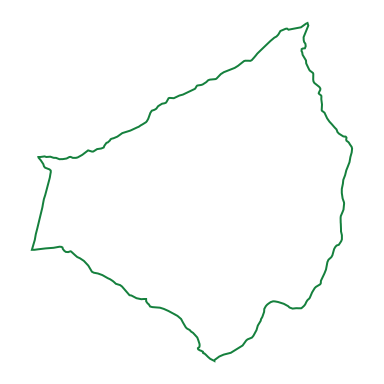 Cevallos, Tungurahua, Ecuador (Robinson projection)
{"feature_id": "8360857B65795256666582", "entity_name": "Cevallos", "entity_type": "district", "adm_level": 2, "iso_a3": "ECU", "parent_name": "Ecuador", "parent_adm1": "Tungurahua", "projection": "robinson", "projection_center": [-78.612, -1.35], "detail": "fine", "context": "isolated", "style": "outline", "palette": "green", "viewbox_px": 384, "rotation_deg": 0, "n_neighbors": 0, "source": "geoboundaries", "source_scale": "gbopen_adm2", "svg_char_len": 4322}
<svg xmlns="http://www.w3.org/2000/svg" viewBox="0 0 384 384"><path d="M38.4,157.0L38.5,157.6L40.7,160.2L42.1,162.3L43.3,164.1L44.0,166.4L45.1,167.7L49.5,169.4L50.7,170.5L50.8,172.0L50.4,174.0L49.8,177.7L45.2,195.1L43.9,199.1L42.9,204.3L42.7,205.5L42.5,206.7L42.3,207.7L40.5,215.1L37.3,228.4L35.8,234.2L34.8,239.9L31.9,249.8L34.4,249.8L38.1,249.3L45.7,248.4L52.2,247.9L53.6,247.8L59.6,246.7L61.5,246.9L62.5,247.5L62.8,248.9L64.3,250.8L65.8,251.9L68.1,252.1L70.4,251.3L71.1,251.5L74.9,255.0L77.2,257.0L80.0,258.3L83.9,260.9L88.3,265.6L91.9,271.7L93.8,272.7L98.0,273.5L102.4,275.1L107.8,278.2L108.9,278.7L110.2,279.3L112.9,281.1L114.2,282.2L115.9,283.8L120.1,285.1L122.0,286.5L129.5,295.2L131.4,295.5L136.5,298.2L141.3,299.2L144.0,299.0L146.1,299.0L146.2,301.4L147.2,302.8L147.8,303.6L148.6,304.1L149.4,305.3L150.1,306.5L152.3,307.1L160.0,307.7L163.8,308.9L168.5,311.0L177.5,315.9L181.1,319.0L183.0,322.6L185.7,327.2L186.8,328.4L187.8,329.0L189.7,330.0L190.1,330.5L191.1,331.6L193.1,332.9L197.2,337.4L197.4,337.8L198.4,340.5L199.0,342.4L199.5,343.9L199.6,344.9L199.6,345.7L199.5,346.5L199.4,346.9L199.1,347.3L198.4,347.7L197.9,348.2L197.9,348.5L198.0,348.9L198.4,349.5L200.2,350.5L200.6,350.7L201.0,350.7L202.9,351.7L202.9,352.0L202.9,352.5L203.0,352.8L203.1,353.0L203.5,353.3L203.8,353.3L204.0,353.3L204.3,353.3L205.4,354.4L205.5,354.4L208.1,357.0L210.3,358.9L210.6,359.0L214.4,361.0L214.4,360.1L217.7,357.7L219.3,356.5L223.7,354.6L230.8,352.8L242.6,345.5L246.2,340.5L247.5,339.4L251.9,337.6L253.4,335.8L256.5,330.1L257.8,325.6L260.7,320.8L261.0,319.2L262.3,317.0L264.1,311.9L264.3,308.9L265.8,306.2L267.1,304.7L268.5,303.6L270.7,302.1L273.1,301.3L274.9,301.4L278.1,302.0L283.8,303.8L288.2,306.2L289.5,307.5L292.6,308.6L296.1,308.2L300.7,308.3L301.4,308.2L302.0,307.7L302.8,307.0L304.1,305.8L304.9,304.8L305.5,303.8L306.2,302.2L306.5,301.7L307.1,300.7L307.7,299.9L309.0,298.8L309.6,298.1L310.0,297.3L312.1,292.4L314.7,288.1L315.9,286.9L320.2,284.3L320.8,283.2L320.9,280.9L321.3,280.0L324.4,273.5L326.0,269.5L327.4,262.1L328.5,259.7L331.3,257.2L332.4,255.3L334.1,249.1L335.2,247.1L336.6,245.5L338.8,244.8L341.2,241.2L341.9,239.3L341.9,235.2L341.0,231.4L341.0,229.1L340.8,223.7L340.7,222.8L340.6,217.9L340.8,216.1L342.3,212.6L342.4,212.4L343.5,209.6L344.1,203.6L344.0,202.4L342.6,198.4L341.8,193.0L341.8,189.0L342.9,183.7L343.3,179.9L345.1,175.2L346.3,170.3L347.4,167.6L349.5,162.2L350.4,157.0L351.7,152.4L352.1,148.6L351.6,146.8L349.9,144.4L349.1,143.0L348.3,142.0L347.5,141.5L346.5,140.7L346.3,140.1L346.2,139.2L346.5,137.9L346.4,137.5L346.2,137.2L345.6,136.6L344.7,136.6L343.3,136.4L338.9,133.6L338.2,132.8L337.5,132.1L336.5,129.4L335.4,128.3L334.2,127.0L331.8,124.2L330.5,122.8L329.4,121.6L327.1,118.3L324.5,112.7L321.9,110.7L321.7,110.1L322.0,104.5L321.3,99.1L321.4,96.8L321.3,95.8L320.6,95.0L319.7,94.4L319.2,94.0L318.7,93.2L319.2,91.9L320.3,89.8L320.3,88.4L319.3,86.9L314.4,83.0L313.5,81.5L313.2,79.6L313.3,73.9L312.9,72.9L309.7,70.5L308.8,68.9L306.2,63.4L306.0,60.5L302.6,54.8L302.2,52.3L301.5,51.0L301.7,49.1L302.8,48.5L304.9,48.3L305.7,46.2L305.4,43.8L304.1,41.9L303.7,40.1L303.6,37.2L308.3,25.6L307.5,23.0L306.0,23.7L301.0,27.3L292.1,29.0L288.5,29.7L287.0,28.6L285.6,28.8L280.4,31.0L278.3,34.6L276.5,36.5L274.3,37.7L270.4,41.0L265.8,45.4L265.7,45.5L260.9,50.1L257.3,53.6L255.9,55.4L254.3,57.3L251.8,60.1L250.5,60.8L245.3,60.7L244.0,61.1L237.9,65.9L234.7,67.9L223.8,72.2L222.4,73.1L222.2,73.3L221.9,73.4L220.8,74.1L216.4,78.7L215.4,79.1L211.3,79.5L211.0,79.5L209.6,79.7L208.1,80.3L206.3,82.1L202.6,84.5L201.0,85.0L198.1,85.4L197.2,85.6L196.6,86.2L195.2,88.6L194.4,89.1L182.9,94.6L179.5,95.5L173.8,98.2L169.7,97.9L168.6,98.2L166.6,101.8L165.8,102.8L164.4,103.3L162.1,103.7L160.6,104.6L158.1,106.2L156.3,108.7L154.5,109.8L151.8,110.7L150.4,112.8L148.2,118.9L146.8,121.3L146.0,122.2L142.3,124.5L141.0,125.2L139.8,126.0L138.7,126.8L137.4,127.3L130.3,130.6L122.3,133.1L117.4,136.6L113.4,138.3L113.1,138.3L111.2,138.9L110.5,139.4L110.0,140.4L107.7,142.5L106.5,142.8L104.4,145.7L103.7,147.5L101.2,148.5L97.1,149.1L93.3,151.5L92.1,151.6L88.1,150.4L82.2,154.9L77.9,157.3L77.5,157.5L76.4,157.7L76.3,157.8L75.8,157.9L72.9,157.9L70.6,156.9L69.4,157.0L66.6,158.5L62.9,159.1L59.4,159.2L56.1,157.9L53.6,157.8L50.3,156.7L46.3,157.0L44.6,156.4L40.3,157.0L39.5,157.0L38.4,157.0Z" fill="none" stroke="#15803d" stroke-width="2"/></svg>